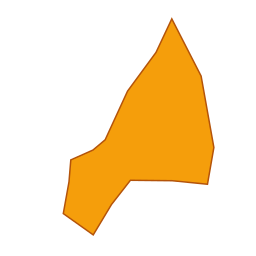 SVG path tracing the border of Saint Patrick, rotated 166°
{"feature_id": "VCT-5068", "entity_name": "Saint Patrick", "entity_type": "Parish", "adm_level": 1, "iso_a3": "VCT", "parent_name": "Saint Vincent and the Grenadines", "parent_adm1": "", "projection": "natural_earth1", "projection_center": [-61.236, 13.231], "detail": "fine", "context": "isolated", "style": "filled", "palette": "amber", "viewbox_px": 256, "rotation_deg": 166, "n_neighbors": 0, "source": "natural_earth", "source_scale": "10m", "svg_char_len": 348}
<svg xmlns="http://www.w3.org/2000/svg" viewBox="0 0 256 256"><g transform="rotate(166 128 128)"><path d="M59.1,223.3L44.5,160.7L49.4,88.3L64.5,54.2L98.0,66.2L138.3,76.7L162.5,57.8L187.6,32.7L211.5,60.6L198.3,90.0L191.2,110.9L167.3,115.1L153.0,122.1L119.5,163.9L82.5,194.6L59.1,223.3Z" fill="#f59e0b" stroke="#b45309" stroke-width="1.5"/></g></svg>